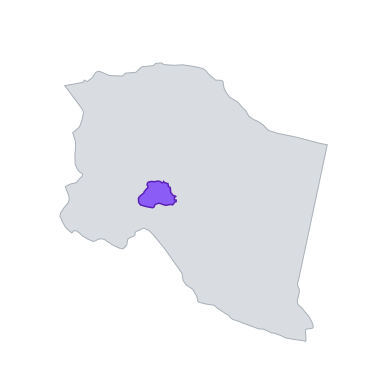 where Kiryandongo sits in Uganda, rotated 282°
{"feature_id": "UGA-5609", "entity_name": "Kiryandongo", "entity_type": "District", "adm_level": 1, "iso_a3": "UGA", "parent_name": "Uganda", "parent_adm1": "", "projection": "robinson", "projection_center": [32.118, 2.003], "detail": "fine", "context": "in_parent", "style": "filled", "palette": "violet", "viewbox_px": 384, "rotation_deg": 282, "n_neighbors": 0, "source": "natural_earth", "source_scale": "10m", "svg_char_len": 3355}
<svg xmlns="http://www.w3.org/2000/svg" viewBox="0 0 384 384"><g transform="rotate(282 192 192)"><path d="M266.3,314.5L261.3,314.5L253.3,314.5L245.2,314.5L237.1,314.5L229.0,314.5L220.9,314.5L212.8,314.5L204.7,314.5L196.6,314.5L188.6,314.5L180.5,314.5L172.4,314.5L164.3,314.5L156.2,314.5L148.1,314.5L140.0,314.5L132.0,314.5L127.2,314.5L126.2,314.3L125.6,314.1L122.5,314.7L119.4,317.0L116.0,317.9L112.4,317.6L111.9,317.8L110.1,317.7L107.5,317.6L105.1,318.2L103.3,320.2L101.5,323.6L98.2,327.4L95.6,330.9L93.4,333.3L88.3,337.4L85.6,338.6L84.2,338.4L83.4,337.6L81.8,332.5L80.8,331.6L71.0,334.3L69.5,334.3L69.7,332.7L68.9,320.6L68.8,313.2L70.1,308.5L70.8,303.2L70.9,298.4L72.7,290.4L72.0,285.6L74.4,268.7L75.0,265.9L75.9,257.8L77.3,255.3L78.6,254.3L80.3,249.3L83.5,241.3L85.8,237.1L85.3,228.1L85.6,222.0L86.1,220.6L90.9,218.4L97.1,212.7L99.7,206.0L103.4,201.8L110.5,199.0L131.6,176.2L141.5,163.8L145.7,157.5L145.9,155.3L146.7,152.3L145.0,150.0L143.0,147.8L142.3,145.9L140.5,144.9L138.0,145.0L136.3,143.6L134.4,140.8L132.5,139.0L126.5,139.2L121.9,136.4L122.0,132.5L123.8,124.9L127.3,116.2L127.5,113.8L127.0,111.7L126.1,110.0L124.6,108.2L123.1,106.1L124.2,99.9L126.4,93.7L128.3,90.7L130.0,87.2L129.5,84.4L126.9,83.0L128.3,80.3L131.1,75.6L136.5,71.0L141.2,67.8L144.4,67.8L150.5,70.3L156.1,73.3L159.1,73.4L162.9,72.2L170.6,67.0L172.4,68.6L174.7,71.8L177.1,77.0L181.9,79.4L184.3,81.0L185.9,81.5L186.8,81.1L188.7,77.0L190.9,74.8L195.0,71.9L204.0,69.7L210.5,69.0L213.2,68.5L217.8,67.2L225.1,63.0L232.2,68.4L239.9,69.4L247.4,69.4L249.7,67.8L251.0,66.5L258.9,57.6L269.5,45.4L276.6,62.5L279.1,63.5L278.7,65.0L278.1,66.4L282.8,70.5L288.5,72.7L290.5,74.8L290.7,77.1L288.8,87.0L289.2,89.9L291.0,99.9L294.4,102.1L297.4,112.2L303.5,116.4L304.4,117.7L305.8,122.5L307.7,127.9L309.2,129.1L310.1,129.4L311.9,135.1L310.8,138.3L312.2,148.0L314.5,156.6L315.1,166.9L315.2,171.5L315.1,174.3L314.6,178.2L313.5,180.5L311.6,182.7L309.4,186.1L307.5,189.9L306.3,191.7L307.3,197.3L307.0,198.7L306.5,199.4L303.8,200.3L300.2,201.8L298.1,203.3L295.1,206.1L292.6,209.2L289.4,218.2L284.0,225.2L283.1,227.5L278.0,231.7L275.8,236.8L274.4,243.1L272.4,247.7L268.1,253.9L267.2,263.7L267.3,283.3L266.2,305.7L266.3,314.5Z" fill="#d9dde1" stroke="#a8b0b8" stroke-width="1"/><path d="M195.5,156.1L195.7,157.2L195.7,158.2L195.6,158.8L194.9,160.2L194.8,160.9L194.9,161.5L195.3,161.7L195.8,161.9L196.4,162.1L195.7,162.9L195.5,163.2L195.4,163.7L195.4,164.8L195.3,165.2L195.1,165.6L195.3,166.6L194.4,167.2L193.2,167.5L192.4,167.9L192.3,168.4L192.2,169.1L192.0,169.6L191.5,169.9L191.0,170.0L190.7,170.3L190.3,170.4L189.8,170.2L189.2,170.7L187.1,171.2L186.7,171.8L186.4,172.3L185.0,173.8L184.5,174.5L184.8,175.4L184.3,177.0L182.8,176.0L180.8,176.2L180.8,178.2L179.3,178.5L178.4,177.0L176.7,176.5L175.4,175.7L175.4,173.8L174.7,171.8L173.6,169.6L173.6,167.1L174.1,163.9L174.1,161.7L173.2,160.2L172.3,158.7L171.0,158.2L169.3,157.9L168.4,156.7L168.2,150.8L168.6,144.4L170.1,142.6L170.8,142.0L171.6,141.7L173.5,141.3L174.2,140.9L174.7,141.2L175.1,141.2L175.6,141.2L176.1,141.3L176.6,141.6L177.7,142.5L178.6,143.0L180.5,144.8L180.9,145.0L182.3,145.2L182.8,145.4L183.9,146.1L185.3,146.6L186.9,147.9L187.9,147.9L188.4,147.6L189.2,146.8L189.5,146.6L189.9,146.5L191.5,146.6L192.3,147.0L193.0,148.0L193.8,149.7L194.3,153.3L194.6,154.2L195.1,155.0L195.5,156.1Z" fill="#8b5cf6" stroke="#5b21b6" stroke-width="1.5"/></g></svg>